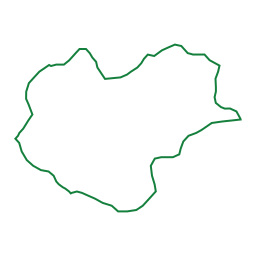 Songgan, Chagang-do, North Korea (Albers equal-area conic projection)
{"feature_id": "82179303B82902527088629", "entity_name": "Songgan", "entity_type": "district", "adm_level": 2, "iso_a3": "PRK", "parent_name": "North Korea", "parent_adm1": "Chagang-do", "projection": "albers", "projection_center": [126.669, 40.752], "detail": "fine", "context": "isolated", "style": "outline", "palette": "green", "viewbox_px": 256, "rotation_deg": 0, "n_neighbors": 0, "source": "geoboundaries", "source_scale": "gbopen_adm2", "svg_char_len": 1261}
<svg xmlns="http://www.w3.org/2000/svg" viewBox="0 0 256 256"><path d="M147.6,54.8L143.9,58.9L141.3,63.2L137.4,67.5L130.9,71.7L127.0,74.6L120.5,77.4L105.0,78.9L101.2,73.2L97.4,67.5L96.1,61.8L92.3,57.5L89.8,53.2L86.0,49.0L79.5,49.0L75.6,53.2L73.0,56.1L69.1,60.4L63.9,64.6L60.0,64.6L56.2,64.6L51.0,66.0L49.1,65.0L39.3,71.7L32.8,78.8L28.9,83.1L26.2,91.7L26.1,98.8L28.6,104.5L32.4,114.5L28.5,120.2L23.2,128.7L19.3,133.0L18.0,135.8L15.4,138.7L19.2,142.9L21.7,151.5L26.8,160.1L33.2,165.8L40.9,170.1L48.6,171.5L53.7,175.8L56.3,181.5L58.8,184.3L62.7,187.2L65.3,188.6L69.1,191.5L70.8,193.4L71.7,192.9L76.9,191.5L82.0,192.9L88.5,195.8L94.9,198.6L102.7,202.9L111.7,205.7L118.1,211.4L127.2,211.4L136.3,210.0L142.8,205.7L149.3,198.6L155.8,191.4L154.6,184.3L152.0,175.7L150.8,165.8L154.8,158.6L161.2,157.2L166.4,157.2L172.9,157.2L179.3,154.3L180.7,148.6L183.3,141.5L188.5,135.8L196.3,132.9L201.5,130.0L211.7,123.0L222.2,121.5L232.5,120.4L240.6,119.5L240.3,118.5L236.4,111.4L230.0,108.5L224.8,108.6L221.0,107.1L215.8,102.9L214.6,97.2L215.9,91.5L215.9,87.2L215.5,78.7L218.1,71.7L219.5,65.6L209.6,60.2L204.5,54.5L198.0,54.5L192.9,54.5L187.7,53.1L181.3,46.0L174.9,44.6L168.4,47.4L162.0,50.3L154.2,56.0L147.8,54.6L147.6,54.8Z" fill="none" stroke="#15803d" stroke-width="2"/></svg>